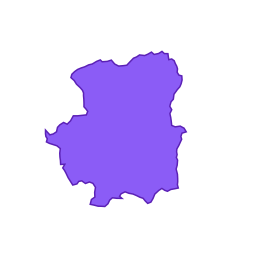 the district of São Lourenço da Serra, São Paulo, Brazil, rotated 223°
{"feature_id": "56859067B37317511483165", "entity_name": "São Lourenço da Serra", "entity_type": "district", "adm_level": 2, "iso_a3": "BRA", "parent_name": "Brazil", "parent_adm1": "São Paulo", "projection": "robinson", "projection_center": [-46.936, -23.856], "detail": "fine", "context": "isolated", "style": "filled", "palette": "violet", "viewbox_px": 256, "rotation_deg": 223, "n_neighbors": 0, "source": "geoboundaries", "source_scale": "gbopen_adm2", "svg_char_len": 1930}
<svg xmlns="http://www.w3.org/2000/svg" viewBox="0 0 256 256"><g transform="rotate(223 128 128)"><path d="M84.4,72.4L87.6,72.3L88.2,75.2L86.6,79.3L82.8,80.9L79.3,83.1L75.4,84.5L72.0,85.5L69.0,86.9L65.5,86.4L62.2,86.3L60.7,89.4L61.6,93.4L63.3,97.9L62.9,103.4L62.0,106.9L58.6,107.5L56.0,108.6L54.8,112.2L52.2,115.7L50.3,118.4L53.2,120.2L55.0,122.6L57.2,124.9L60.3,127.9L64.8,130.8L66.7,134.4L69.8,138.3L72.5,139.4L73.9,142.0L76.2,143.7L78.0,146.0L78.9,149.8L80.1,153.4L81.1,156.4L83.5,157.8L85.0,161.0L82.8,164.9L86.9,166.1L91.1,165.0L94.3,161.0L97.8,159.7L101.3,162.7L104.0,164.9L107.2,167.1L108.5,171.2L112.3,172.4L114.4,176.5L114.5,180.0L117.4,184.0L118.1,189.7L118.2,193.5L119.3,196.6L121.2,200.0L124.2,202.8L126.8,201.4L130.1,202.3L132.1,205.0L134.5,206.4L137.4,207.4L140.1,208.7L143.1,208.3L144.8,205.8L147.2,207.7L149.5,209.6L152.2,207.2L155.4,207.2L156.4,203.4L159.1,199.6L162.6,199.5L163.8,195.6L165.2,192.4L169.4,189.3L170.2,185.8L171.6,182.8L171.7,177.5L171.7,173.1L174.1,170.2L177.1,166.9L181.4,165.7L186.5,166.3L188.5,162.7L192.1,158.8L194.7,158.9L196.4,155.3L197.8,150.4L199.8,147.4L201.4,143.2L203.3,139.8L204.8,136.4L205.5,132.8L205.7,129.0L204.1,125.9L199.7,126.0L195.5,124.9L190.5,124.9L187.0,124.5L184.4,123.3L182.6,121.3L179.9,118.9L177.0,116.0L174.7,113.5L171.6,113.2L168.8,112.7L167.4,109.2L169.8,106.4L173.3,102.4L176.3,99.6L174.9,94.1L175.1,89.3L178.9,88.1L180.0,83.9L180.0,80.4L177.7,76.5L178.6,72.7L180.5,69.7L186.9,70.2L184.4,67.5L182.3,65.8L179.7,65.1L178.2,62.2L175.1,63.1L172.6,64.3L167.9,66.5L163.5,66.8L160.7,63.0L157.8,60.2L155.2,58.1L152.4,55.4L149.5,58.4L148.5,54.3L145.5,53.7L142.3,52.6L137.8,50.8L134.7,50.0L129.5,48.6L127.2,52.3L127.6,55.3L125.8,57.8L121.3,58.4L119.4,62.2L115.9,63.6L111.3,62.4L108.4,58.1L105.1,54.9L106.0,50.8L103.6,46.4L100.3,48.4L96.6,50.4L94.1,52.6L91.4,54.8L91.0,58.9L92.2,62.8L91.8,66.3L88.3,68.9L84.4,72.4Z" fill="#8b5cf6" stroke="#5b21b6" stroke-width="1.5"/></g></svg>